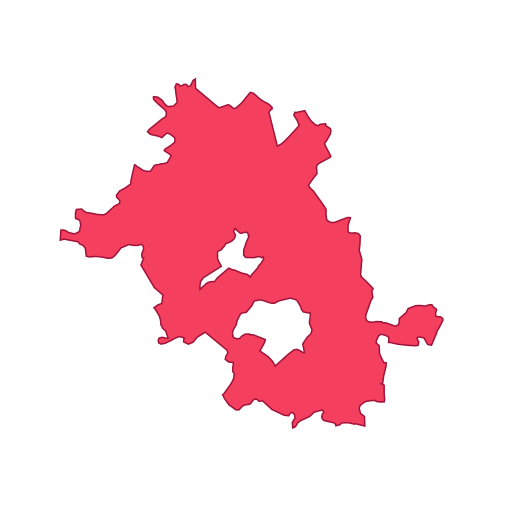 the district of Zaqaziq, Ash Sharqiyah, Egypt, rotated 192°
{"feature_id": "37247803B86566880158535", "entity_name": "Zaqaziq", "entity_type": "district", "adm_level": 2, "iso_a3": "EGY", "parent_name": "Egypt", "parent_adm1": "Ash Sharqiyah", "projection": "mercator", "projection_center": [31.49, 30.587], "detail": "fine", "context": "isolated", "style": "filled", "palette": "rose", "viewbox_px": 512, "rotation_deg": 192, "n_neighbors": 0, "source": "geoboundaries", "source_scale": "gbopen_adm2", "svg_char_len": 6142}
<svg xmlns="http://www.w3.org/2000/svg" viewBox="0 0 512 512"><g transform="rotate(192 256 256)"><path d="M450.8,230.8L447.2,232.6L433.0,232.9L430.8,231.1L427.4,230.4L424.6,228.1L421.9,220.5L418.5,220.5L413.3,222.1L409.9,222.6L404.8,223.0L400.8,222.9L396.8,224.0L395.1,225.7L393.3,228.5L389.7,235.9L383.4,240.3L382.2,240.9L378.8,240.8L373.7,241.8L370.8,243.5L369.1,242.9L367.5,240.6L367.5,238.3L368.2,234.2L367.1,230.8L365.4,230.7L366.7,223.3L348.9,204.0L338.8,198.4L338.9,196.3L338.4,191.7L338.4,189.9L341.9,187.7L345.1,184.1L343.7,183.2L338.1,177.3L335.4,172.0L334.9,169.1L333.2,167.4L332.7,166.2L328.7,163.8L324.9,157.4L326.0,156.9L330.6,157.0L333.4,155.9L334.1,154.2L334.1,153.0L333.0,150.7L330.7,150.1L326.7,151.7L320.9,156.2L319.2,157.8L314.6,161.2L310.0,161.1L309.0,160.6L309.4,159.3L308.9,156.9L303.8,155.7L299.7,158.5L296.8,164.2L289.8,170.9L264.5,157.7L263.4,154.8L264.6,151.9L264.6,148.5L260.7,146.6L256.1,147.1L255.6,144.8L255.6,142.5L254.6,137.9L252.9,136.7L252.4,131.5L253.7,126.3L259.1,113.8L259.8,113.3L257.4,110.3L251.8,105.0L243.9,101.4L240.7,101.9L237.6,107.0L237.0,107.0L235.8,108.1L232.4,109.2L230.7,110.3L228.9,114.3L227.1,116.0L224.9,115.9L224.3,115.3L223.2,114.7L222.0,114.7L219.7,115.8L208.5,109.2L195.4,106.1L190.9,106.5L189.7,109.4L188.5,110.5L185.7,109.3L184.1,105.8L185.9,100.7L184.3,95.5L182.5,96.6L181.3,98.8L180.7,101.1L178.4,104.0L170.3,110.1L168.6,112.4L166.8,115.2L162.8,117.4L160.5,118.5L158.8,119.1L157.3,117.5L158.3,114.5L158.3,112.2L157.2,110.4L155.5,109.2L144.7,109.0L142.5,107.2L142.5,106.6L139.0,108.3L137.3,110.6L131.0,112.1L124.7,112.0L123.6,112.6L114.2,112.3L116.4,121.1L116.9,121.8L121.0,123.7L123.3,128.1L123.3,130.5L122.6,132.1L119.3,135.9L116.8,137.2L110.5,139.4L107.2,138.7L103.7,139.1L100.3,139.9L100.4,142.9L101.8,147.1L103.8,156.3L106.9,157.1L105.6,157.9L106.2,165.0L105.9,175.3L106.5,178.6L109.1,178.5L114.7,185.8L116.9,193.9L120.4,196.0L120.7,198.1L119.6,203.0L119.2,203.8L118.6,204.2L118.3,205.1L117.1,205.4L113.0,205.4L109.7,204.3L109.3,204.1L108.6,201.4L108.3,198.9L107.0,199.3L99.0,199.2L87.4,200.4L81.6,201.3L78.9,202.2L78.9,205.8L81.4,208.8L80.9,210.3L78.9,210.8L74.7,210.8L69.7,205.2L65.8,205.2L63.2,218.8L63.6,219.2L61.6,225.0L59.8,232.3L60.6,234.0L62.9,234.8L67.2,234.3L68.4,236.7L68.3,241.4L72.2,243.2L73.9,245.0L77.3,243.9L80.0,242.1L84.8,241.8L89.3,240.7L96.2,236.3L97.5,231.7L102.7,224.8L102.7,223.2L102.2,222.0L102.3,218.6L105.1,216.3L115.4,217.7L117.2,216.9L119.3,217.8L125.0,216.8L127.3,215.7L130.2,215.1L132.5,215.2L134.2,215.8L135.8,218.1L136.3,221.0L134.3,236.5L133.1,239.9L135.3,245.2L134.7,248.6L142.6,253.9L148.7,257.5L148.7,258.1L149.8,259.3L151.8,274.8L156.2,283.0L156.7,288.7L158.2,297.4L160.5,299.2L163.9,299.3L167.3,298.2L169.6,298.2L170.7,298.8L171.3,300.0L172.3,305.2L171.6,313.2L174.4,312.7L180.7,308.8L184.8,306.0L187.1,304.9L189.9,304.4L192.2,305.0L194.4,306.2L196.1,310.9L197.1,316.1L200.4,319.6L213.3,331.4L217.2,333.8L219.4,336.1L217.1,341.8L213.5,349.2L215.1,355.0L215.4,357.0L213.9,359.5L204.1,367.9L203.5,369.1L211.2,378.4L212.3,380.8L211.1,383.0L208.7,390.5L208.7,393.9L209.8,396.2L210.3,396.2L214.8,398.1L215.4,399.8L220.5,398.2L222.3,396.5L225.1,396.6L230.1,399.5L234.6,403.7L238.5,408.3L247.1,404.5L247.8,404.7L248.3,401.7L243.8,397.0L241.1,392.9L241.7,391.2L248.7,379.3L252.8,373.0L254.6,370.8L258.0,368.0L273.3,399.4L271.6,402.8L271.0,402.8L271.0,404.5L273.2,406.2L276.0,407.5L280.5,408.7L285.0,410.5L292.3,414.7L295.7,414.8L301.7,402.9L306.3,396.7L308.6,395.6L313.1,398.0L314.9,398.1L322.3,393.6L324.0,393.6L349.9,407.4L352.0,415.5L352.1,416.5L354.0,414.8L355.5,408.7L357.8,407.6L358.9,408.8L360.0,409.4L362.3,408.8L362.3,408.3L365.2,406.6L366.3,406.6L366.9,407.8L369.7,407.9L370.4,404.4L369.3,402.1L368.2,398.6L365.0,389.9L367.9,385.4L373.6,383.8L377.6,386.2L379.2,388.0L380.9,389.2L385.4,391.0L389.4,390.5L388.9,388.2L386.6,386.4L382.7,384.0L376.0,380.4L373.7,378.1L373.2,375.8L373.3,373.5L376.7,370.1L386.7,357.7L387.9,354.9L384.5,353.0L376.0,352.9L372.6,352.2L372.0,353.3L369.1,357.3L367.9,357.8L365.1,357.2L360.0,354.8L359.0,350.7L362.5,346.2L367.1,341.7L367.7,340.0L361.5,337.6L359.8,336.4L362.2,329.0L365.1,327.3L368.6,326.2L370.3,325.1L372.0,324.6L374.3,323.5L376.7,317.2L379.6,316.2L383.9,316.1L388.6,318.1L390.9,318.7L392.0,319.3L392.6,319.9L393.8,319.9L394.0,303.8L393.5,300.4L398.2,295.3L402.8,291.4L405.2,286.3L404.1,284.0L402.4,283.3L400.7,281.6L400.4,279.1L404.8,275.4L411.3,266.3L413.6,264.6L419.9,263.6L423.8,263.7L431.2,263.3L434.6,264.6L436.3,265.7L441.4,264.2L441.5,260.7L440.5,255.5L439.4,254.9L437.1,254.8L435.4,253.6L433.8,249.6L433.9,243.1L438.0,239.9L444.2,240.0L447.6,241.3L450.5,241.3L452.2,240.8L450.8,230.8ZM230.1,171.6L229.5,174.5L229.5,176.2L241.4,178.2L243.6,178.3L245.7,177.6L246.1,178.3L250.5,177.3L253.4,174.5L254.6,172.2L256.9,171.1L259.7,171.2L261.4,171.8L261.9,172.9L263.0,175.8L263.0,178.7L261.1,184.4L261.0,189.0L259.2,195.9L257.4,197.6L254.0,198.7L249.9,206.0L248.7,210.6L248.0,212.0L246.4,212.3L245.8,212.9L242.9,213.9L238.9,213.9L234.4,213.2L231.0,213.1L228.1,213.6L224.1,217.0L213.8,221.9L209.8,221.8L206.9,221.2L201.9,215.9L200.3,213.0L198.1,211.2L193.5,211.1L191.1,211.7L190.2,207.0L190.2,204.1L189.7,201.2L185.9,195.4L185.9,193.1L186.5,190.8L188.9,187.4L191.3,181.7L191.9,179.4L188.5,171.6L189.8,171.3L193.1,172.5L196.5,173.2L199.4,172.1L204.1,166.5L212.3,155.1L213.4,154.0L214.2,152.2L217.9,156.4L223.0,160.0L232.4,163.9L230.1,171.6ZM268.6,264.7L269.3,259.4L268.2,254.2L266.0,252.4L257.4,254.0L254.6,255.6L251.7,256.1L250.0,255.5L248.6,256.5L247.7,254.0L248.4,253.2L249.6,249.8L251.3,246.9L251.9,244.6L256.7,236.1L257.4,234.0L258.4,235.0L260.6,236.2L266.3,236.3L273.7,237.7L276.5,237.7L280.1,238.5L289.3,226.5L291.3,222.2L293.3,222.0L296.2,220.9L298.5,219.2L303.9,211.7L304.8,215.9L304.7,220.0L302.9,223.9L287.9,238.6L288.4,239.7L291.2,242.7L292.9,245.0L294.4,251.4L294.4,252.6L291.5,254.7L289.2,258.7L288.0,262.1L287.4,262.1L282.8,265.5L281.0,268.3L280.4,270.6L280.4,272.3L282.6,274.7L283.1,276.4L281.9,278.7L280.8,277.5L276.3,275.1L275.2,275.1L272.3,276.7L270.0,277.3L267.8,275.5L267.8,274.3L266.9,273.9L268.5,266.9L268.6,264.7Z" fill="#f43f5e" stroke="#9f1239" stroke-width="1.5"/></g></svg>